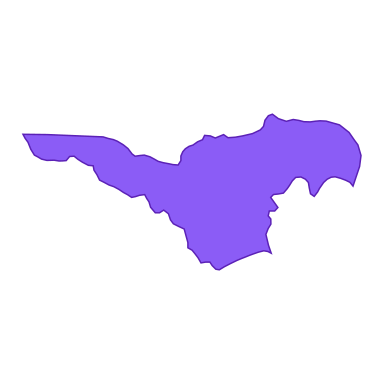 Nossa Senhora do Socorro, Sergipe, Brazil
{"feature_id": "56859067B36001575817528", "entity_name": "Nossa Senhora do Socorro", "entity_type": "district", "adm_level": 2, "iso_a3": "BRA", "parent_name": "Brazil", "parent_adm1": "Sergipe", "projection": "natural_earth1", "projection_center": [-37.154, -10.873], "detail": "fine", "context": "isolated", "style": "filled", "palette": "violet", "viewbox_px": 384, "rotation_deg": 0, "n_neighbors": 0, "source": "geoboundaries", "source_scale": "gbopen_adm2", "svg_char_len": 1982}
<svg xmlns="http://www.w3.org/2000/svg" viewBox="0 0 384 384"><path d="M353.0,186.1L359.6,166.5L361.0,155.5L357.9,144.9L354.5,140.3L349.1,132.5L343.1,127.7L339.5,124.9L326.1,121.1L320.0,120.8L315.4,121.2L310.2,121.9L303.9,121.7L298.8,120.4L293.2,119.5L286.3,121.3L278.3,118.6L272.4,114.2L268.4,115.7L265.0,120.2L263.5,126.4L260.3,129.9L252.5,133.6L242.6,135.9L235.3,137.2L228.0,137.7L223.6,134.6L218.7,136.6L215.3,138.0L210.3,135.9L204.6,135.4L202.5,139.7L197.6,141.8L192.9,145.1L189.1,146.3L185.4,148.7L182.8,151.7L180.9,156.0L180.9,160.6L178.1,165.0L172.9,164.6L168.6,163.7L163.2,162.7L158.1,161.3L154.3,159.1L150.0,156.8L144.3,155.1L140.1,155.5L135.1,156.2L132.1,154.0L128.0,148.6L123.4,144.9L117.3,141.2L113.4,139.6L108.4,138.5L103.1,136.9L47.3,134.6L23.0,134.3L25.1,138.3L28.0,142.3L30.8,149.3L34.4,155.1L37.8,156.9L41.5,159.1L46.9,160.4L54.1,160.2L59.1,161.0L62.5,160.9L66.2,160.6L69.6,156.5L74.1,156.2L77.9,159.3L82.4,162.2L88.3,165.3L93.2,165.8L94.0,170.2L97.0,174.8L99.6,180.1L104.0,182.3L109.0,185.0L113.9,186.7L118.9,189.4L123.5,192.5L127.6,194.7L131.6,197.4L135.5,196.6L139.5,195.3L144.7,194.6L146.8,198.6L149.0,201.9L150.6,207.3L155.3,212.8L159.5,212.8L163.7,210.1L168.4,213.7L170.5,219.9L173.4,223.8L178.8,226.5L184.2,229.0L186.1,236.1L187.9,242.6L187.9,247.8L192.1,250.2L194.8,253.5L198.0,257.7L201.0,262.9L205.6,262.1L209.9,262.1L212.2,265.6L215.8,269.2L219.3,269.8L224.4,266.7L230.4,263.6L237.0,260.4L241.8,258.4L245.4,257.0L249.6,255.3L253.4,253.9L258.3,252.2L263.8,250.8L267.9,251.5L271.2,253.2L268.5,245.3L265.9,234.4L268.2,228.5L270.9,224.1L270.8,219.0L268.2,215.9L269.3,211.0L274.7,211.0L277.9,207.5L273.9,201.9L270.7,197.4L273.5,194.5L278.2,194.0L283.4,193.1L287.2,188.7L289.5,185.4L292.3,180.9L295.7,177.4L301.0,177.0L305.4,179.2L308.4,182.5L309.3,188.1L310.5,193.8L314.2,196.4L317.6,192.0L319.5,188.4L323.6,182.5L327.2,179.2L331.2,177.2L335.2,176.8L340.5,178.3L345.6,180.2L349.9,182.3L353.0,186.1Z" fill="#8b5cf6" stroke="#5b21b6" stroke-width="1.5"/></svg>